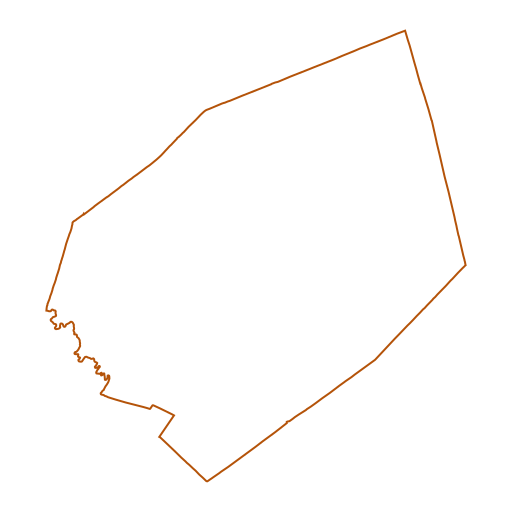 the district of Sfintesti, Teleorman, Romania
{"feature_id": "2599482B66322400213375", "entity_name": "Sfintesti", "entity_type": "district", "adm_level": 2, "iso_a3": "ROU", "parent_name": "Romania", "parent_adm1": "Teleorman", "projection": "mercator", "projection_center": [25.082, 44.181], "detail": "fine", "context": "isolated", "style": "outline", "palette": "amber", "viewbox_px": 512, "rotation_deg": 0, "n_neighbors": 0, "source": "geoboundaries", "source_scale": "gbopen_adm2", "svg_char_len": 5791}
<svg xmlns="http://www.w3.org/2000/svg" viewBox="0 0 512 512"><path d="M465.6,265.2L465.2,263.3L465.0,262.1L464.5,260.3L464.4,259.6L463.3,255.6L458.8,236.2L458.4,235.2L456.9,228.3L456.4,225.7L455.2,220.7L454.5,217.1L448.5,191.6L444.6,176.6L439.6,154.7L436.7,142.7L436.4,141.1L431.8,120.5L431.5,120.2L428.4,109.0L425.2,98.7L425.0,97.7L421.9,88.5L420.5,83.7L420.3,83.8L417.8,75.0L416.2,68.9L414.4,62.7L410.5,48.6L409.6,45.4L407.8,39.9L405.1,30.7L396.8,33.8L383.6,39.3L370.0,44.6L366.4,46.1L360.0,48.5L354.7,50.8L342.1,55.9L334.2,59.3L313.6,67.4L309.4,69.1L290.1,76.7L277.8,81.9L275.2,82.5L271.5,83.9L271.3,84.2L258.5,89.3L242.0,95.8L229.9,100.8L227.7,101.5L224.6,102.8L224.2,102.8L221.8,103.6L209.3,108.9L207.1,109.7L206.0,110.2L205.2,110.7L203.7,111.9L200.5,114.9L195.5,120.2L188.6,126.8L184.9,130.9L183.7,132.2L182.9,132.8L181.2,134.6L179.6,136.1L179.2,136.4L178.8,136.9L177.4,137.8L176.7,139.0L175.9,139.8L172.0,143.9L171.5,144.5L169.5,146.3L166.5,149.6L165.7,150.4L164.0,152.3L161.2,155.3L159.5,156.9L156.5,159.6L149.4,165.4L146.7,167.2L137.5,174.2L133.5,177.0L131.7,178.5L128.5,180.7L123.2,184.9L121.5,186.0L118.5,188.5L111.0,194.1L108.3,196.3L107.1,197.0L106.9,197.2L106.7,197.2L98.1,203.5L94.5,206.2L93.7,207.0L84.0,214.4L83.7,213.8L83.4,214.3L83.2,214.6L77.7,218.6L76.9,219.1L76.4,219.6L75.8,220.1L73.7,221.3L72.7,222.3L72.5,222.7L72.4,224.4L72.0,225.7L71.5,228.4L70.9,230.3L70.3,232.1L69.3,234.4L68.9,235.8L67.7,239.2L66.1,244.0L64.7,249.5L64.1,251.3L63.9,252.2L62.6,256.8L62.0,258.5L61.7,259.7L61.2,261.0L60.9,262.5L60.7,263.2L60.2,264.3L59.9,265.2L59.2,268.5L57.7,273.3L57.2,274.7L56.2,277.9L55.9,279.4L54.7,283.0L53.7,285.5L52.6,288.9L52.5,289.7L51.4,293.2L50.2,296.3L49.7,298.3L49.4,299.2L48.2,302.2L47.9,303.1L47.5,303.9L47.4,305.2L47.1,305.6L46.8,306.9L46.6,308.4L46.4,310.6L47.3,310.7L48.8,311.2L49.9,311.3L50.6,311.2L50.9,311.0L51.2,310.6L51.5,310.0L51.8,309.7L52.2,309.6L52.7,309.6L53.3,310.0L53.6,310.3L53.9,310.4L54.8,310.4L55.2,310.6L55.5,310.9L55.7,311.5L55.6,312.0L55.5,313.0L55.6,313.6L56.1,315.2L56.0,315.8L55.8,316.1L54.2,316.8L53.3,317.0L52.9,317.2L52.6,317.5L51.9,318.5L51.1,319.0L50.9,319.3L50.7,319.7L50.7,320.0L50.8,320.5L51.0,320.9L52.4,322.0L53.0,322.6L53.7,323.7L54.1,323.8L55.5,324.1L55.8,324.2L56.0,324.5L56.2,324.9L56.2,325.3L56.2,325.8L55.8,326.6L55.0,327.6L54.9,328.1L55.0,328.4L55.2,328.7L55.9,329.1L56.3,329.1L57.2,329.0L58.7,328.7L59.9,327.8L60.1,327.6L60.2,327.3L60.2,327.0L60.0,326.6L60.0,325.8L60.4,323.9L60.6,323.7L60.9,323.5L61.5,323.5L62.0,323.6L62.5,324.0L62.8,324.3L63.0,324.7L63.5,326.2L63.7,326.5L64.2,326.8L64.6,326.8L65.1,326.6L65.5,326.1L66.0,324.8L66.2,324.5L67.0,324.1L67.9,323.7L69.6,322.8L69.9,322.5L70.2,322.1L70.5,321.9L70.8,321.8L71.2,321.8L71.8,321.9L72.5,322.4L73.0,323.1L73.9,324.9L73.9,325.2L73.7,325.8L73.7,326.0L74.1,328.4L74.0,329.3L73.6,329.8L73.5,330.2L73.6,330.8L74.0,331.9L74.4,332.4L74.5,332.8L74.4,333.3L74.2,333.6L74.1,333.9L74.2,334.1L74.3,334.3L74.7,334.4L75.9,334.5L76.4,334.6L76.6,334.8L76.9,335.2L76.9,335.7L77.0,336.7L77.1,337.0L78.5,338.1L79.3,339.4L79.7,340.4L79.8,342.1L80.0,342.7L80.1,343.6L79.9,344.3L79.9,344.8L80.1,345.3L80.1,345.7L80.1,346.2L79.1,348.0L78.4,349.5L77.2,351.0L76.7,351.5L76.2,351.9L75.3,352.0L74.8,352.5L74.5,353.1L74.5,353.5L74.7,353.9L75.1,354.1L76.4,354.2L77.9,354.2L78.2,354.3L78.3,354.6L78.0,356.3L78.1,356.6L78.3,356.8L78.6,357.0L79.8,357.4L80.0,357.6L79.9,358.1L79.7,358.5L79.3,359.0L78.7,359.5L78.4,359.9L78.4,360.3L78.5,360.7L78.9,361.3L79.4,361.5L80.8,361.7L81.6,361.6L82.0,361.4L83.5,359.1L84.8,357.3L85.1,357.0L86.0,356.8L86.6,356.8L87.9,357.5L89.9,358.1L91.1,358.9L91.5,358.9L91.9,358.9L93.2,358.4L93.5,358.5L94.1,359.1L94.3,360.8L94.5,361.3L94.7,361.6L95.4,362.1L96.5,362.4L96.8,362.6L97.2,363.0L97.0,363.8L96.8,364.2L96.2,365.1L95.7,366.0L95.0,366.5L94.9,366.7L94.9,367.1L95.2,367.8L95.5,367.9L96.1,367.9L96.9,367.7L97.9,367.4L98.2,367.1L98.6,366.3L98.9,366.1L99.4,366.0L99.6,366.1L99.8,366.4L99.8,366.8L99.6,367.2L99.1,367.6L98.2,369.1L97.5,369.8L96.3,372.0L96.2,372.8L96.4,373.1L96.5,373.4L96.8,373.5L99.8,373.8L100.5,373.3L100.8,373.0L101.5,372.8L101.8,373.2L101.1,374.4L100.9,374.8L101.0,375.1L101.2,375.4L101.6,375.4L102.2,375.1L103.4,373.7L103.9,373.4L104.2,373.5L104.3,373.7L104.4,375.5L104.6,376.0L104.7,376.6L104.9,379.7L105.0,379.8L105.8,379.9L106.7,379.2L107.3,378.3L107.5,377.7L107.7,375.6L108.2,375.4L108.5,375.4L109.1,375.8L109.2,376.1L109.3,376.6L109.4,378.6L108.4,381.8L107.6,383.3L106.7,384.7L106.0,385.7L105.5,386.3L104.1,389.0L103.9,389.6L103.7,390.0L102.9,390.5L102.3,391.1L101.6,392.2L100.8,393.0L100.7,393.5L100.8,393.9L100.9,394.2L101.3,394.5L102.0,394.7L103.6,395.0L104.8,395.9L106.5,396.4L108.0,397.2L115.7,399.6L125.7,402.5L143.3,407.0L147.2,408.1L149.4,408.8L149.8,408.9L150.1,408.8L150.5,408.3L152.3,405.6L152.6,405.3L153.3,405.3L159.8,408.3L172.0,414.3L174.0,415.4L159.3,436.9L160.1,437.3L164.7,441.6L175.3,451.7L181.3,457.6L185.6,461.5L186.7,462.7L189.1,464.7L193.0,468.4L195.6,470.7L199.2,474.5L202.8,477.7L205.7,480.5L206.2,481.0L206.6,481.2L207.3,481.3L208.3,480.7L209.4,479.9L211.8,478.3L212.9,477.5L219.3,473.1L221.1,471.7L228.2,466.9L255.3,447.0L262.7,441.3L275.0,432.3L286.0,423.7L286.8,423.1L286.7,422.3L286.7,421.9L287.0,421.7L288.1,421.4L289.0,421.3L289.7,421.0L292.5,419.0L294.9,417.1L298.8,414.5L306.1,409.9L306.8,409.2L310.7,406.7L315.6,403.2L322.3,398.2L330.0,392.8L339.2,385.8L344.6,381.9L345.2,381.4L351.5,377.1L354.7,374.6L375.1,359.8L394.9,338.6L398.9,334.5L405.4,327.7L407.5,325.5L409.9,323.2L412.9,320.1L417.0,315.7L420.1,312.6L423.0,309.4L424.6,308.1L427.1,305.3L431.9,300.4L432.8,299.4L433.2,298.8L434.2,297.9L435.2,297.0L436.7,295.3L437.2,294.7L441.6,290.2L446.1,285.6L449.5,281.8L451.0,280.2L452.2,279.1L458.1,272.7L462.7,268.0L464.7,266.1L465.2,265.4L465.6,265.2Z" fill="none" stroke="#b45309" stroke-width="2"/></svg>